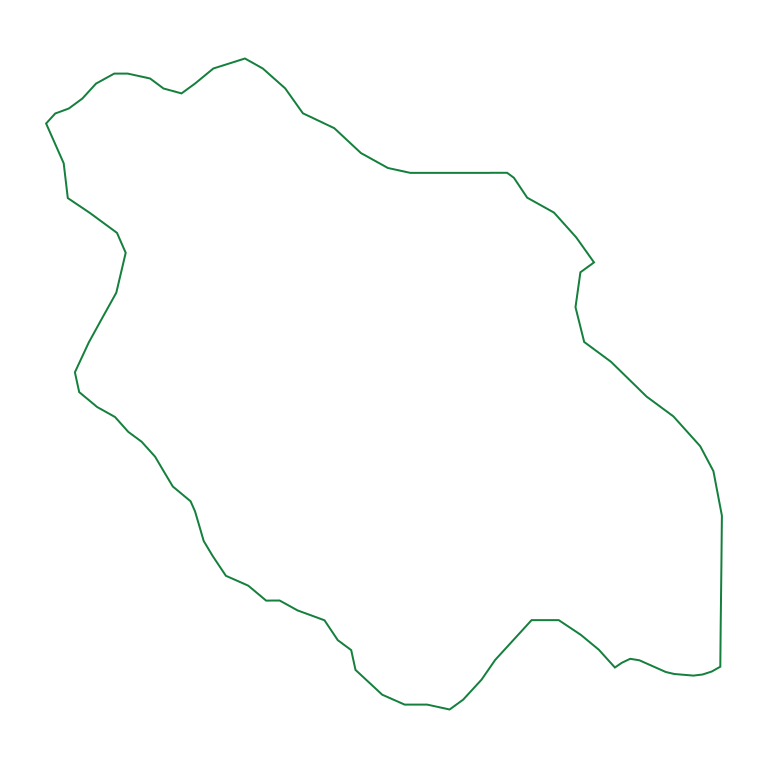 outline of Unhung, Ryanggang, North Korea
{"feature_id": "82179303B62384537244682", "entity_name": "Unhung", "entity_type": "district", "adm_level": 2, "iso_a3": "PRK", "parent_name": "North Korea", "parent_adm1": "Ryanggang", "projection": "mercator", "projection_center": [128.55, 41.324], "detail": "fine", "context": "isolated", "style": "outline", "palette": "green", "viewbox_px": 768, "rotation_deg": 0, "n_neighbors": 0, "source": "geoboundaries", "source_scale": "gbopen_adm2", "svg_char_len": 1207}
<svg xmlns="http://www.w3.org/2000/svg" viewBox="0 0 768 768"><path d="M195.0,511.3L199.4,526.2L203.7,541.0L212.6,555.9L225.9,575.8L248.3,585.7L266.1,600.6L279.6,600.5L297.5,610.4L324.5,620.3L337.8,640.2L351.2,650.1L355.5,669.9L382.2,694.7L404.6,704.6L427.1,704.6L449.6,709.5L463.2,699.6L481.5,679.7L495.2,659.9L513.4,640.0L531.6,620.1L558.7,620.1L581.0,635.0L598.9,649.8L614.9,667.5L621.8,662.8L630.2,658.8L639.4,660.3L665.8,672.0L674.3,674.0L693.4,675.6L702.6,674.5L711.8,671.5L720.3,666.7L720.7,624.9L721.4,565.4L721.9,515.7L713.4,471.1L700.2,446.2L673.4,416.4L646.6,396.6L611.0,361.8L584.2,342.0L575.5,307.2L580.4,272.3L594.0,262.4L576.3,237.5L554.0,212.6L527.2,197.7L513.9,177.8L507.1,172.8L455.4,172.9L410.4,172.9L387.9,168.0L361.0,153.1L334.3,128.2L302.9,113.3L285.2,88.4L262.8,68.5L244.9,58.5L213.3,68.5L195.1,83.5L181.5,93.4L163.5,88.5L150.1,78.5L127.7,73.6L114.2,73.6L96.0,83.6L82.4,98.5L68.8,108.5L55.2,113.5L46.1,123.5L63.7,163.3L67.8,198.1L90.1,213.1L117.0,232.9L125.7,252.8L116.3,292.7L102.5,317.5L88.8,342.4L74.9,372.3L79.2,392.1L97.1,407.0L115.0,417.0L128.3,431.9L141.7,441.8L155.1,456.7L163.9,471.6L172.8,486.5L190.6,501.3L195.0,511.3Z" fill="none" stroke="#15803d" stroke-width="2"/></svg>